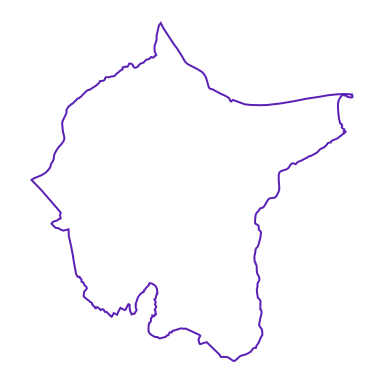 outline of Thuan Bac, Ninh Thuận, Vietnam
{"feature_id": "81297802B93158398760307", "entity_name": "Thuan Bac", "entity_type": "district", "adm_level": 2, "iso_a3": "VNM", "parent_name": "Vietnam", "parent_adm1": "Ninh Thuận", "projection": "albers", "projection_center": [109.083, 11.744], "detail": "fine", "context": "isolated", "style": "outline", "palette": "violet", "viewbox_px": 384, "rotation_deg": 0, "n_neighbors": 0, "source": "geoboundaries", "source_scale": "gbopen_adm2", "svg_char_len": 5906}
<svg xmlns="http://www.w3.org/2000/svg" viewBox="0 0 384 384"><path d="M76.1,274.0L77.4,276.5L78.2,277.0L79.1,276.7L79.5,276.7L79.7,277.0L80.1,278.2L81.4,279.2L81.6,281.7L82.0,282.1L82.9,282.3L83.6,282.9L84.1,284.4L84.6,285.3L86.0,286.5L86.6,287.3L86.8,288.6L84.2,291.6L83.6,296.0L83.9,296.7L86.4,298.9L89.4,301.0L89.9,301.9L91.1,302.4L92.1,303.1L92.1,304.3L92.7,304.6L93.1,305.9L94.6,306.6L95.1,307.4L95.3,308.2L95.9,308.3L96.8,307.2L97.1,307.2L97.6,307.3L98.6,307.9L100.6,310.1L100.8,310.0L101.8,309.2L103.2,309.4L104.0,310.2L104.7,311.8L105.3,311.9L106.3,311.8L106.6,312.0L108.6,313.9L110.6,316.1L111.7,316.7L113.8,313.1L117.1,314.7L118.5,311.4L120.4,307.9L124.4,310.0L125.8,309.5L127.2,306.2L127.9,305.1L128.2,304.3L128.5,304.2L129.1,304.3L129.8,305.0L129.5,306.6L130.1,310.9L131.6,314.4L132.6,314.1L133.0,313.7L134.1,313.9L134.9,313.2L135.6,311.7L136.4,310.6L136.6,309.6L136.1,308.9L135.8,307.7L135.6,306.4L135.9,304.9L135.6,304.6L135.9,303.3L137.7,298.0L138.3,296.7L140.1,294.4L141.9,292.7L142.6,292.2L143.2,292.3L143.8,291.9L144.0,290.6L144.3,289.9L145.0,289.6L146.1,287.9L149.0,284.9L149.1,283.7L149.6,283.4L149.9,283.0L151.8,283.6L153.8,284.6L155.7,286.2L156.9,288.8L157.4,292.2L157.4,292.8L156.8,293.1L157.2,294.1L157.1,294.5L156.2,295.4L155.6,298.4L155.5,298.7L154.4,299.3L154.8,299.9L155.7,302.1L155.2,303.6L155.1,304.7L156.1,306.2L156.1,307.1L154.7,309.9L155.7,311.8L155.5,313.1L155.9,313.8L156.0,314.3L154.7,314.6L154.4,316.0L153.9,316.4L152.3,315.5L152.1,317.0L151.0,318.3L150.9,321.3L150.7,321.7L149.1,323.1L149.3,323.9L148.7,324.9L148.5,328.4L148.5,330.2L148.9,332.1L149.9,333.7L152.3,335.5L154.8,336.9L157.7,337.1L158.7,338.2L159.2,338.3L160.8,338.2L163.1,337.6L166.2,336.6L166.7,335.5L168.4,335.2L169.6,332.4L170.0,332.3L171.6,332.5L172.4,331.0L172.9,330.7L174.6,330.5L175.0,330.2L180.4,328.5L181.5,328.4L184.0,328.8L184.9,328.8L185.6,328.5L199.6,335.0L200.1,335.5L200.3,335.9L198.9,338.3L198.6,339.4L198.5,340.5L198.9,341.0L199.3,343.2L199.7,343.8L200.2,344.1L201.2,343.9L204.1,342.9L206.7,342.2L218.8,353.9L219.9,355.1L220.7,356.9L226.7,357.0L228.3,357.5L232.8,360.6L234.2,361.0L235.2,360.5L236.2,359.7L239.3,356.8L240.7,355.8L244.5,354.8L247.7,353.5L250.7,351.7L253.1,348.5L254.6,347.8L255.9,347.9L256.4,345.9L258.7,342.6L260.8,337.5L262.3,335.0L262.4,334.1L262.1,330.5L261.8,329.2L259.4,325.9L259.1,324.7L260.2,318.6L261.5,313.8L261.4,310.6L261.2,310.1L260.3,309.4L260.5,301.4L260.2,300.4L259.6,299.4L257.8,297.6L257.0,292.3L256.8,289.4L257.5,286.8L257.4,284.9L257.6,283.6L257.8,282.8L259.0,280.9L259.4,279.4L259.3,278.1L258.7,276.1L257.7,274.5L257.2,273.3L256.9,271.9L256.6,265.7L256.1,264.5L255.4,263.6L255.6,263.1L255.5,262.4L254.8,261.8L254.6,261.1L254.4,256.3L255.3,252.4L255.5,249.7L256.2,248.2L257.5,246.9L258.4,245.1L260.5,237.1L260.9,233.4L260.9,232.1L260.5,231.3L259.1,230.0L258.8,229.4L258.7,226.2L258.1,225.3L255.3,223.6L255.0,222.6L255.2,219.0L255.6,215.2L256.2,213.6L257.2,212.3L258.5,211.0L259.5,209.2L260.3,208.3L262.6,207.8L263.8,206.7L264.7,205.5L267.0,201.4L268.3,199.4L269.4,198.5L271.0,198.1L273.1,198.0L274.8,197.5L275.7,196.9L276.6,195.7L278.1,192.8L279.1,190.3L279.3,187.9L278.7,179.3L278.7,175.1L279.1,173.2L280.0,171.9L281.3,171.0L285.4,169.7L287.4,168.9L288.5,167.9L290.5,164.8L291.6,163.7L292.3,163.3L293.4,163.3L294.8,163.9L295.7,164.2L296.5,163.4L297.0,162.6L298.7,161.6L300.8,160.8L306.7,157.8L308.9,156.3L310.7,156.0L313.3,154.6L314.5,154.1L315.2,153.5L317.1,152.5L320.1,149.3L321.3,148.6L323.8,147.5L324.7,146.7L326.9,144.7L327.5,143.6L328.0,143.0L328.4,142.8L330.7,142.5L331.5,141.0L332.6,140.4L337.6,138.3L338.7,137.4L339.8,136.3L340.8,135.9L342.3,134.4L344.3,133.2L346.3,131.1L344.6,132.3L344.3,132.3L343.7,131.9L344.1,131.0L344.4,129.5L344.2,129.2L342.9,128.6L342.1,127.9L341.7,127.3L341.7,126.9L341.9,126.0L342.2,125.5L341.3,123.8L340.4,123.7L340.0,122.7L339.0,118.7L338.4,113.7L337.9,106.4L338.2,102.1L339.0,99.7L339.6,98.6L340.8,96.8L341.8,95.7L343.1,94.7L344.1,94.7L344.3,95.3L344.7,95.5L345.2,95.1L346.2,95.1L346.3,95.2L346.4,96.1L347.5,96.8L348.9,97.0L350.0,97.5L350.6,97.5L352.0,97.4L352.2,97.0L352.4,96.9L352.2,96.4L352.5,95.9L351.8,95.4L351.9,94.4L344.0,94.0L336.2,94.4L327.7,95.3L318.7,96.9L305.9,98.8L294.0,101.2L280.1,103.5L267.0,105.0L260.4,105.2L250.1,104.9L244.8,104.3L233.1,100.0L232.6,100.1L231.2,101.4L230.7,101.4L229.9,100.0L229.4,98.5L228.0,97.4L225.3,95.8L221.0,93.9L212.4,89.3L209.8,88.6L208.9,87.5L206.0,77.5L204.1,74.2L201.8,71.8L196.8,68.8L188.8,64.7L186.9,63.5L184.7,61.1L182.3,56.8L177.4,48.9L174.1,44.6L163.6,28.5L161.7,25.0L160.8,23.0L158.9,25.6L156.6,35.5L156.6,39.9L154.8,45.2L154.4,48.0L154.8,51.5L156.2,55.2L154.9,56.1L153.8,57.3L153.1,57.6L152.6,57.5L151.5,57.0L151.0,57.1L149.9,58.4L149.2,58.9L146.6,59.7L145.7,60.2L144.0,62.1L143.4,62.6L140.7,63.6L139.6,64.4L137.8,66.6L136.4,67.4L135.6,67.7L134.4,67.7L133.3,66.5L132.7,65.0L131.9,64.1L130.6,63.6L129.8,63.5L129.1,63.8L128.0,66.1L127.5,66.6L126.8,66.9L125.3,66.5L124.5,67.1L122.8,67.3L122.5,68.0L122.4,69.6L120.5,70.5L119.7,71.0L118.7,72.1L116.1,74.1L114.6,75.9L113.8,76.3L112.6,76.3L111.2,76.5L109.1,77.3L106.7,77.1L106.2,77.2L105.6,77.6L105.1,78.1L105.0,79.2L104.7,79.7L103.9,80.4L102.9,80.8L99.8,81.2L99.5,82.4L98.9,83.2L97.9,83.8L97.1,84.9L89.5,89.9L88.3,89.9L86.1,91.3L84.7,92.9L83.4,94.0L82.4,95.0L81.5,96.2L80.4,97.1L78.9,98.2L77.6,98.6L72.6,103.6L71.5,104.1L70.1,105.4L68.9,106.1L66.5,109.7L66.5,113.0L62.7,120.9L62.2,123.0L62.3,125.6L62.9,131.2L64.3,137.3L64.3,138.8L63.7,140.9L62.0,143.4L57.9,148.1L55.9,151.3L54.4,154.3L53.9,156.3L53.8,158.5L53.1,160.8L51.5,163.2L50.8,165.0L50.1,167.5L48.7,169.4L46.3,172.1L44.2,173.6L41.1,175.4L34.0,178.3L31.5,179.9L41.7,190.5L59.9,211.6L60.8,212.9L60.0,215.0L60.6,218.2L60.4,218.8L59.1,218.8L57.1,220.5L53.4,221.6L52.8,222.0L51.5,223.7L53.5,225.8L55.8,227.9L58.0,228.0L60.1,229.3L63.2,230.6L68.6,229.4L68.8,236.0L71.1,246.1L72.7,254.5L73.7,261.0L76.1,274.0Z" fill="none" stroke="#5b21b6" stroke-width="2"/></svg>